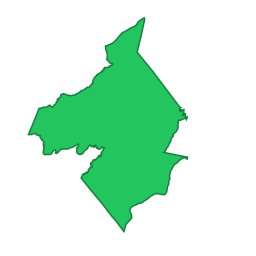 Ngabwe, Central, Zambia (Equal Earth projection), rotated 231°
{"feature_id": "96606910B70902538429016", "entity_name": "Ngabwe", "entity_type": "district", "adm_level": 2, "iso_a3": "ZMB", "parent_name": "Zambia", "parent_adm1": "Central", "projection": "equal_earth", "projection_center": [27.56, -14.095], "detail": "fine", "context": "isolated", "style": "filled", "palette": "green", "viewbox_px": 256, "rotation_deg": 231, "n_neighbors": 0, "source": "geoboundaries", "source_scale": "gbopen_adm2", "svg_char_len": 5790}
<svg xmlns="http://www.w3.org/2000/svg" viewBox="0 0 256 256"><g transform="rotate(231 128 128)"><path d="M203.5,209.9L204.0,206.1L204.0,203.2L203.9,202.2L202.9,199.5L202.9,196.8L204.0,193.2L204.1,191.6L204.6,189.4L204.5,188.4L204.8,187.6L205.0,185.4L205.7,184.2L205.7,183.8L205.3,181.4L205.1,181.2L205.1,179.6L204.8,178.8L204.7,177.9L204.2,175.9L203.6,170.4L203.6,169.5L204.1,168.1L204.4,166.2L205.0,164.6L205.0,163.8L205.9,162.1L203.5,160.5L200.9,159.3L199.5,158.9L197.9,158.0L195.9,156.3L194.6,154.6L191.9,155.0L190.2,154.7L188.7,155.7L187.8,156.5L187.4,156.5L186.9,156.0L187.1,155.1L187.3,154.9L187.3,154.0L187.8,152.9L187.5,152.0L187.9,151.3L187.9,150.9L187.7,150.8L187.7,150.1L189.3,148.5L189.8,147.7L189.6,147.3L189.3,147.6L189.1,147.5L188.9,146.6L188.4,145.9L189.0,144.9L187.9,143.9L188.6,143.2L188.2,142.3L188.5,141.8L188.5,140.0L188.8,138.6L188.7,137.7L188.9,137.1L188.3,136.1L188.6,134.8L188.3,134.1L188.2,133.3L186.1,129.4L184.8,129.0L185.1,127.6L184.6,126.3L184.7,125.2L184.0,123.9L184.0,123.4L184.3,123.0L185.1,122.5L185.1,121.9L185.4,121.0L185.3,120.1L185.5,119.0L185.2,118.5L185.4,117.4L186.0,116.3L186.1,115.7L186.5,114.7L186.3,114.4L186.1,112.9L186.4,112.5L186.4,111.0L186.9,109.9L186.9,109.2L187.1,109.0L187.0,108.3L187.3,107.0L188.2,106.0L188.5,105.1L188.5,104.5L189.4,103.6L190.6,102.8L190.8,102.4L191.3,102.0L191.5,101.2L193.4,100.8L193.8,100.6L194.8,99.5L195.2,99.5L195.5,98.9L195.4,98.7L195.5,98.0L196.1,97.5L195.9,96.4L195.2,95.9L194.8,95.3L194.7,94.5L194.5,94.3L194.5,93.6L194.7,93.3L194.6,92.1L194.9,91.3L194.6,91.0L193.8,91.0L193.5,90.7L193.5,89.6L193.2,89.0L193.1,88.4L192.4,87.4L192.2,86.7L192.2,86.0L192.4,85.2L192.1,84.8L191.9,83.0L191.6,82.7L193.1,81.7L193.7,81.6L194.4,81.9L195.0,81.4L195.5,80.2L195.2,79.1L195.3,78.0L196.3,76.6L197.1,75.9L197.6,74.2L198.2,73.6L198.3,72.1L198.9,71.7L199.2,71.1L195.3,64.4L185.5,46.5L183.7,48.7L183.1,50.8L182.4,52.1L181.8,52.5L181.6,53.0L181.0,52.6L180.2,52.6L178.7,53.8L178.2,54.2L177.6,54.2L177.3,54.9L176.3,54.0L175.0,53.8L173.6,53.9L173.5,53.4L173.3,53.3L172.8,53.4L172.6,53.8L172.2,53.9L169.8,53.6L169.6,53.0L169.3,52.6L168.4,52.1L168.0,52.1L168.1,51.9L167.9,51.9L167.9,51.5L167.7,51.4L167.6,51.6L167.2,51.4L167.1,51.5L166.8,51.6L166.2,50.5L165.1,50.2L165.1,49.8L164.4,49.3L164.0,48.4L162.9,47.4L162.6,46.9L162.0,46.9L161.6,46.6L161.4,46.2L161.1,46.1L160.2,46.3L159.6,46.6L158.6,48.2L156.7,50.4L156.1,51.3L156.2,52.5L156.7,53.8L157.1,55.9L157.2,57.0L157.0,57.6L156.8,57.8L155.5,57.7L154.1,55.8L153.8,56.2L153.2,56.5L153.0,57.6L153.6,61.7L153.2,63.0L153.1,63.7L153.0,64.2L152.2,64.6L149.3,68.5L149.1,69.9L149.2,70.6L148.1,72.4L147.7,73.7L147.6,75.2L146.9,77.8L147.1,79.1L146.9,79.2L145.6,78.7L145.0,78.2L144.7,77.1L145.0,76.1L144.9,75.5L144.6,75.3L143.8,75.3L143.4,74.6L142.6,74.1L141.6,73.0L139.5,72.9L138.2,73.5L137.0,75.0L136.7,77.0L137.4,79.0L137.7,80.4L137.4,82.3L137.6,83.5L138.9,86.6L138.6,87.8L138.3,88.1L138.0,88.1L137.0,87.7L136.7,87.7L136.5,88.1L136.4,88.8L136.1,89.5L135.9,89.7L135.4,89.6L134.8,89.2L134.5,90.3L135.2,91.3L135.3,91.7L135.1,92.0L134.5,91.5L134.4,90.6L134.2,90.5L133.8,91.4L133.0,91.9L132.7,91.7L132.5,91.1L131.5,91.2L130.6,91.9L129.9,92.0L129.4,92.6L129.1,93.7L129.3,94.2L129.7,94.6L129.9,95.6L129.4,96.0L128.8,95.9L128.1,96.3L127.5,97.2L127.3,96.6L127.5,95.8L127.3,95.5L126.9,95.2L126.8,95.3L126.3,94.8L126.3,94.3L126.0,93.6L126.1,93.4L126.1,93.2L125.9,92.7L125.6,92.7L125.6,91.8L125.3,91.4L125.2,91.4L125.1,91.1L124.9,90.6L124.6,90.6L124.6,90.9L124.2,91.0L124.0,90.4L123.3,89.8L123.5,89.2L123.4,88.3L123.6,88.4L123.8,88.8L124.0,87.8L124.4,87.5L124.7,87.7L124.8,88.3L124.9,88.2L124.8,87.4L124.4,87.2L124.0,86.7L124.2,85.6L123.9,85.0L123.8,83.7L124.1,82.7L123.8,82.1L124.2,81.7L124.6,81.8L125.0,81.1L124.8,80.8L124.6,79.6L124.3,79.6L123.9,78.7L124.1,78.1L124.1,76.8L123.6,76.3L123.3,76.6L123.2,76.2L122.6,75.9L122.3,76.4L121.5,76.4L121.5,75.8L121.4,76.1L120.7,76.1L120.4,75.6L120.4,75.4L120.9,74.8L120.9,74.5L121.3,74.3L121.1,74.0L120.7,73.9L120.9,73.2L120.5,72.8L120.4,72.1L120.7,71.7L120.6,71.0L120.2,71.0L119.2,69.9L119.1,69.5L119.3,69.1L119.1,69.2L119.1,68.8L119.0,68.7L118.7,68.1L118.9,67.6L119.1,67.7L119.4,67.3L119.5,66.7L119.7,66.9L119.8,66.7L119.6,66.3L119.7,65.7L119.4,65.4L119.9,65.3L120.5,64.7L120.1,63.8L120.1,63.2L119.8,63.0L120.1,62.7L119.6,62.4L119.4,61.5L118.7,61.1L118.7,60.1L103.0,60.0L84.5,60.3L68.9,59.8L65.1,60.1L50.1,59.7L54.1,65.5L54.6,67.0L55.5,73.3L55.8,74.1L56.9,75.2L58.3,76.0L61.2,76.8L63.1,77.6L64.0,79.6L64.4,82.3L63.2,86.1L62.6,88.8L62.1,89.4L61.9,90.3L61.2,91.6L61.1,95.3L60.7,97.2L60.6,103.5L60.3,104.8L60.1,106.4L59.7,108.0L59.1,108.9L58.3,109.5L57.4,110.6L53.8,113.5L53.1,114.7L53.1,115.3L54.0,117.8L55.1,118.9L55.6,119.9L57.0,120.9L58.8,124.3L60.6,125.8L61.2,126.6L61.7,127.8L62.4,128.7L64.7,130.1L66.1,132.1L67.6,133.7L69.1,137.8L70.1,139.9L70.5,141.0L70.2,142.4L70.1,144.8L70.2,145.8L70.5,147.0L70.4,150.8L69.7,152.6L69.6,153.4L66.6,154.4L67.8,155.9L86.6,140.4L86.6,142.2L86.9,143.4L87.3,144.2L88.0,145.0L88.3,147.0L89.3,149.2L89.8,149.9L90.2,151.5L91.4,153.6L92.5,154.6L93.3,158.0L94.0,158.7L94.7,159.0L94.7,160.8L95.0,163.8L96.0,166.0L97.2,167.5L99.0,168.8L102.3,172.3L101.3,173.1L101.0,173.6L99.9,177.9L98.7,178.9L98.0,178.7L98.6,179.5L98.5,180.4L98.9,180.8L99.7,180.9L100.2,180.0L100.9,179.8L101.9,180.4L102.5,181.4L103.0,181.5L103.3,181.0L103.2,178.6L103.8,178.2L104.1,178.5L104.0,179.8L104.3,180.7L104.6,181.0L105.0,180.8L105.5,180.8L105.8,181.5L106.4,182.6L107.1,183.1L108.0,181.9L108.3,181.2L108.1,180.7L107.5,180.1L107.8,179.9L108.1,179.1L108.6,178.9L109.1,179.1L109.0,180.2L109.1,180.5L110.0,180.0L110.5,180.2L110.8,181.5L110.7,181.8L111.8,181.4L112.6,181.4L157.5,182.9L155.2,182.9L157.5,182.9L164.3,182.9L172.1,182.8L181.2,182.8L191.2,196.0L201.8,209.2L202.5,209.7L203.5,209.9Z" fill="#22c55e" stroke="#15803d" stroke-width="1.5"/></g></svg>